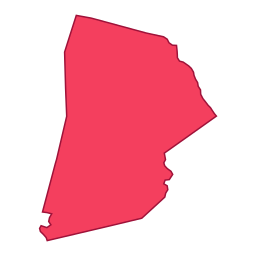 the district of Salgado, Sergipe, Brazil
{"feature_id": "56859067B23037122436580", "entity_name": "Salgado", "entity_type": "district", "adm_level": 2, "iso_a3": "BRA", "parent_name": "Brazil", "parent_adm1": "Sergipe", "projection": "orthographic", "projection_center": [-37.463, -11.064], "detail": "fine", "context": "isolated", "style": "filled", "palette": "rose", "viewbox_px": 256, "rotation_deg": 0, "n_neighbors": 0, "source": "geoboundaries", "source_scale": "gbopen_adm2", "svg_char_len": 898}
<svg xmlns="http://www.w3.org/2000/svg" viewBox="0 0 256 256"><path d="M47.2,240.6L97.0,228.9L111.0,225.6L141.8,218.2L164.8,197.1L165.7,193.1L167.8,189.7L167.2,185.8L163.8,183.8L165.1,180.1L169.3,179.6L172.7,174.4L171.0,171.3L167.2,168.5L164.7,165.8L163.8,162.8L165.5,159.6L164.3,153.1L180.1,141.9L216.4,116.1L214.4,113.7L212.2,110.4L210.5,107.7L208.1,105.3L205.6,102.0L202.9,98.6L200.7,94.3L200.5,89.9L198.2,86.3L197.6,82.6L195.5,79.1L194.0,75.3L193.5,72.2L191.3,68.4L188.8,66.0L186.1,64.1L183.2,62.1L179.5,61.1L177.4,57.8L177.3,54.4L177.1,51.1L176.5,45.4L172.4,45.2L169.0,42.8L167.2,39.2L163.6,36.8L145.7,32.9L91.2,18.1L76.3,15.4L67.1,44.2L64.6,52.1L65.6,88.3L66.7,116.3L56.6,159.3L55.4,163.4L42.5,212.0L47.1,212.6L51.7,213.8L49.5,217.7L48.7,221.5L50.9,224.8L46.9,227.6L41.1,225.7L39.6,228.4L40.4,231.5L43.4,234.4L46.2,237.6L47.2,240.6Z" fill="#f43f5e" stroke="#9f1239" stroke-width="1.5"/></svg>